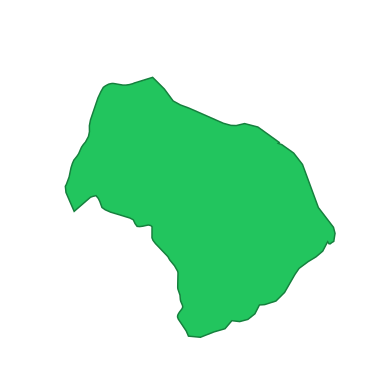 SVG path tracing the border of Cabañas, rotated 47°
{"feature_id": "SLV-1344", "entity_name": "Cabañas", "entity_type": "Department", "adm_level": 1, "iso_a3": "SLV", "parent_name": "El Salvador", "parent_adm1": "", "projection": "equal_earth", "projection_center": [-88.722, 13.882], "detail": "fine", "context": "isolated", "style": "filled", "palette": "green", "viewbox_px": 384, "rotation_deg": 47, "n_neighbors": 0, "source": "natural_earth", "source_scale": "10m", "svg_char_len": 1526}
<svg xmlns="http://www.w3.org/2000/svg" viewBox="0 0 384 384"><g transform="rotate(47 192 192)"><path d="M215.2,94.4L215.2,95.8L218.6,94.0L232.9,91.1L247.2,92.4L289.6,110.2L314.3,112.6L319.8,115.6L324.8,122.0L324.3,124.4L324.2,126.2L323.8,126.6L323.4,127.1L323.2,127.1L320.9,126.7L321.5,128.5L324.4,136.7L324.0,145.5L322.1,154.7L320.9,165.8L322.5,173.0L328.6,192.8L329.0,204.9L324.0,215.5L323.0,216.8L320.6,219.7L324.0,229.1L323.3,238.0L319.3,245.5L313.3,250.6L314.5,261.1L309.2,271.6L304.1,284.6L304.1,284.8L295.0,292.9L289.7,291.0L275.6,288.7L273.5,287.8L272.4,286.5L271.8,284.9L271.3,283.1L270.6,279.0L269.8,277.2L268.2,276.2L264.3,274.8L262.9,274.0L259.2,271.1L253.2,268.4L251.9,267.4L241.6,257.4L240.3,256.6L234.1,255.1L226.4,254.6L222.8,253.7L204.8,253.9L200.8,253.5L198.2,252.5L190.1,244.9L188.3,245.1L186.3,246.5L183.4,251.4L181.6,253.9L179.7,255.6L176.3,255.2L172.3,253.9L168.6,255.2L151.2,265.3L145.8,267.6L141.9,268.4L136.1,265.9L132.8,264.9L129.2,264.7L127.6,267.5L126.6,269.8L125.8,291.4L106.4,284.5L101.4,280.7L100.8,278.8L97.2,271.6L91.8,264.0L89.5,259.9L88.1,256.6L87.4,251.7L86.7,248.8L83.9,242.3L83.2,239.2L82.8,235.8L80.8,229.9L78.0,225.9L73.5,221.8L70.0,217.0L59.1,196.7L56.5,190.3L55.0,185.5L55.3,183.2L55.8,181.1L56.3,179.4L57.2,177.8L58.1,176.4L59.2,175.3L66.7,169.6L68.8,167.3L70.7,164.6L72.4,161.4L73.0,159.7L81.3,142.6L97.8,142.0L112.5,143.7L120.2,141.2L128.6,137.0L163.1,122.2L169.8,118.1L173.6,114.3L177.8,106.9L189.4,99.5L215.2,94.4Z" fill="#22c55e" stroke="#15803d" stroke-width="1.5"/></g></svg>